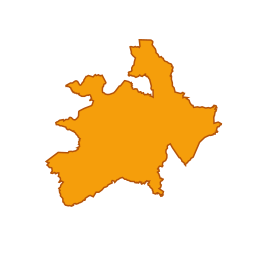 the district of Huehuetlán el Grande, Puebla, Mexico, rotated 246°
{"feature_id": "50627088B86745888605421", "entity_name": "Huehuetlán el Grande", "entity_type": "district", "adm_level": 2, "iso_a3": "MEX", "parent_name": "Mexico", "parent_adm1": "Puebla", "projection": "natural_earth1", "projection_center": [-98.149, 18.758], "detail": "fine", "context": "isolated", "style": "filled", "palette": "amber", "viewbox_px": 256, "rotation_deg": 246, "n_neighbors": 0, "source": "geoboundaries", "source_scale": "gbopen_adm2", "svg_char_len": 5824}
<svg xmlns="http://www.w3.org/2000/svg" viewBox="0 0 256 256"><g transform="rotate(246 128 128)"><path d="M176.3,149.8L175.2,150.1L175.0,150.6L175.2,151.7L174.8,152.4L174.0,152.8L172.9,154.6L171.1,155.8L171.0,158.7L171.6,160.3L170.4,160.8L169.3,162.0L169.8,163.5L169.6,164.3L170.3,165.6L170.1,165.9L168.8,165.3L167.3,166.1L167.2,166.8L163.5,167.5L156.8,166.4L154.8,165.1L153.3,165.1L152.5,166.3L145.9,163.5L148.0,161.9L148.2,161.4L149.4,162.3L149.9,160.5L151.2,160.1L150.7,158.9L151.4,158.0L151.5,156.8L152.7,156.3L153.9,156.4L154.2,154.5L155.9,154.4L156.2,153.5L156.1,152.7L156.8,152.2L160.0,152.0L161.0,150.3L160.9,149.2L161.6,148.4L162.4,148.1L162.9,148.5L164.5,148.1L164.8,148.7L165.6,148.7L165.6,149.1L166.2,148.8L166.8,149.7L167.5,149.1L168.2,149.4L168.4,148.5L170.2,147.4L172.4,144.6L172.6,144.1L169.5,138.2L169.9,137.1L166.7,131.4L165.9,129.2L166.2,124.9L166.8,123.1L168.1,121.2L170.0,120.3L170.8,119.3L172.9,119.9L175.7,121.4L175.8,122.3L177.7,123.8L177.9,124.5L177.7,125.5L178.6,126.3L186.7,125.8L186.8,124.3L187.5,123.7L187.6,123.0L188.6,122.7L188.8,120.3L190.0,119.9L189.8,118.7L188.9,117.3L188.9,116.9L192.1,113.1L191.8,111.4L192.1,110.7L189.8,107.3L188.4,106.3L188.2,105.1L186.7,103.0L186.4,102.0L187.2,101.3L190.9,100.9L191.9,100.2L192.3,99.4L192.3,98.2L191.7,95.6L192.5,93.8L192.1,88.7L191.3,88.4L191.1,89.6L190.6,89.5L190.4,90.3L188.0,92.0L186.9,91.8L186.4,92.1L185.8,91.8L184.9,92.3L184.2,92.0L183.5,92.6L182.9,92.4L182.6,93.2L182.2,93.1L181.5,93.7L181.1,94.7L180.4,95.0L180.4,95.4L179.5,96.4L179.5,97.2L179.0,97.2L178.7,96.7L178.0,96.9L175.7,98.7L174.6,101.2L174.7,103.2L174.3,104.7L173.9,105.2L174.1,105.9L173.9,106.6L173.3,106.9L170.0,106.8L168.6,103.9L168.5,106.2L166.8,107.5L163.7,104.6L163.3,103.5L163.7,96.1L163.4,90.4L162.9,89.6L159.3,87.8L158.2,86.7L157.2,84.3L157.0,82.8L158.0,81.4L160.5,80.4L161.3,79.4L161.3,78.6L160.3,77.4L160.2,76.7L161.1,74.6L160.6,72.2L162.0,72.3L162.9,68.6L162.3,66.2L162.5,65.6L162.2,64.2L160.2,63.9L159.4,65.7L157.7,66.8L157.2,68.0L154.0,71.6L152.5,71.5L151.1,72.1L150.6,73.2L150.7,73.8L147.3,76.4L147.3,77.2L146.1,77.2L145.1,78.0L143.2,78.1L141.6,78.9L139.8,78.9L137.6,79.9L137.2,78.9L136.0,78.7L136.0,78.1L135.3,77.2L133.9,77.2L133.2,76.2L132.6,76.8L130.8,76.2L130.6,73.5L129.7,74.4L129.1,74.1L128.4,71.0L129.1,67.5L129.8,66.6L130.5,64.5L129.7,63.2L134.1,54.3L130.7,39.6L129.2,40.5L128.5,41.7L128.1,41.3L127.2,39.0L126.9,38.9L126.2,39.5L123.9,40.1L122.8,42.0L122.3,42.1L119.4,41.2L118.5,39.4L118.1,39.3L117.2,40.6L117.3,42.7L116.8,43.2L116.0,43.0L115.7,43.2L115.6,45.7L115.1,46.5L113.3,45.7L112.3,44.7L110.4,45.8L109.0,45.6L108.0,45.1L106.6,42.9L106.2,43.4L106.8,45.5L104.9,46.9L103.2,43.5L101.4,42.1L101.0,40.2L98.8,40.5L98.8,39.9L96.8,39.3L95.0,39.5L93.6,38.7L90.1,39.8L87.2,38.6L86.6,38.6L86.4,39.1L84.3,39.1L83.0,39.5L81.2,41.8L81.1,42.7L79.6,44.7L79.6,46.3L80.1,46.0L80.7,48.2L80.2,49.5L79.6,49.6L79.3,51.7L79.5,53.3L79.3,53.8L79.4,56.1L80.2,58.0L79.6,59.1L79.9,59.8L80.6,59.8L81.2,60.5L82.0,65.1L81.7,66.2L79.3,68.3L82.3,72.7L81.2,75.3L82.0,79.0L83.4,81.9L83.1,84.3L83.3,85.5L84.2,86.8L84.3,91.2L85.8,91.4L86.4,92.2L85.9,93.1L84.9,93.8L83.7,93.8L85.1,96.9L85.0,97.9L85.4,100.5L85.1,102.8L82.5,104.2L81.9,105.5L80.8,106.0L79.2,108.1L78.4,108.3L76.5,112.0L75.2,112.2L74.8,112.9L74.9,113.6L74.1,113.9L74.3,115.0L73.5,115.3L74.2,117.1L73.4,117.4L73.0,118.2L72.4,117.5L71.3,117.6L71.2,118.8L71.5,119.7L70.4,120.4L70.9,121.0L70.8,121.3L71.9,122.1L71.4,123.1L72.1,123.7L71.0,124.9L70.7,125.9L70.3,125.3L69.3,125.1L69.4,124.0L69.0,123.5L67.7,123.2L66.4,124.2L65.2,124.1L61.9,125.4L60.9,124.9L59.7,125.1L58.4,124.4L56.6,126.2L56.4,126.9L56.9,127.3L56.8,128.6L56.0,128.4L56.0,129.4L54.3,130.3L53.5,130.1L53.3,130.7L52.3,130.3L52.0,131.5L52.6,132.8L53.5,132.2L53.5,132.9L55.5,134.5L60.0,131.7L60.3,133.4L61.4,134.5L62.5,135.2L63.1,134.6L65.3,135.4L66.0,136.3L66.1,137.8L66.8,139.2L67.2,139.2L67.5,138.3L68.4,138.2L68.8,137.0L73.8,137.5L75.7,137.0L75.9,139.0L77.7,139.3L78.0,139.3L77.6,138.8L78.6,138.4L80.3,141.2L79.6,142.6L78.7,143.3L78.8,143.7L79.3,144.5L80.1,144.3L82.3,145.6L82.8,146.9L83.0,149.1L84.9,151.3L87.8,152.7L89.8,152.6L91.5,153.2L92.7,154.1L93.5,155.8L95.3,156.4L96.0,157.2L96.3,160.2L91.8,160.6L80.5,162.6L79.9,162.8L79.7,163.5L77.0,164.0L75.6,163.8L73.5,165.1L72.0,164.9L70.5,165.4L71.4,165.9L72.2,167.1L72.1,168.1L73.1,169.5L73.6,172.1L74.6,173.0L74.9,175.7L85.8,187.5L88.2,194.2L88.3,199.3L87.7,200.3L87.2,202.9L87.9,203.7L87.0,205.0L88.6,206.1L87.9,207.9L88.4,208.5L89.8,207.7L92.2,209.6L92.6,210.3L92.2,211.6L93.3,213.5L93.2,214.5L93.9,215.0L96.7,212.8L97.3,208.5L103.0,210.7L103.0,210.9L103.9,211.4L104.0,211.9L107.4,214.2L107.5,215.1L108.2,215.5L108.6,216.2L109.9,216.0L110.0,215.4L110.7,216.2L110.4,217.4L112.6,217.4L113.2,216.4L112.7,214.8L113.4,215.1L112.7,213.5L112.7,211.2L113.9,209.8L114.6,207.1L117.2,204.3L117.5,202.0L119.0,200.2L120.1,196.3L122.2,196.5L122.5,196.2L122.5,195.7L123.6,195.2L126.2,194.8L128.5,195.1L131.2,193.4L131.5,192.7L131.5,194.8L133.2,192.0L133.3,190.6L135.5,191.5L135.7,192.6L136.7,193.6L137.2,192.9L138.1,192.6L138.3,192.0L137.9,191.5L138.2,189.9L141.7,185.6L146.0,186.4L148.4,185.7L151.3,186.9L154.8,187.4L157.6,188.8L157.9,188.8L158.0,187.8L158.9,188.1L159.2,188.9L160.0,189.3L161.2,190.6L161.8,192.1L163.0,191.7L163.8,192.8L165.3,193.9L166.4,193.0L167.3,193.7L169.0,193.4L170.8,191.4L172.4,190.7L174.0,188.9L176.2,188.2L177.2,188.6L178.2,187.7L179.7,187.4L179.8,185.8L180.4,185.3L183.0,185.3L185.5,184.2L186.8,184.8L189.0,185.1L194.2,183.9L196.1,185.4L197.1,185.8L199.0,184.7L204.0,174.2L197.8,172.2L197.0,171.0L198.1,170.4L198.6,168.4L199.5,167.8L199.6,165.9L201.2,163.8L201.3,162.9L196.1,162.0L194.8,161.3L192.3,161.8L189.0,163.3L186.1,160.9L183.1,159.0L182.8,157.7L181.3,155.8L178.9,154.9L178.5,154.1L178.7,151.2L178.4,150.9L176.7,150.8L176.3,149.8Z" fill="#f59e0b" stroke="#b45309" stroke-width="1.5"/></g></svg>